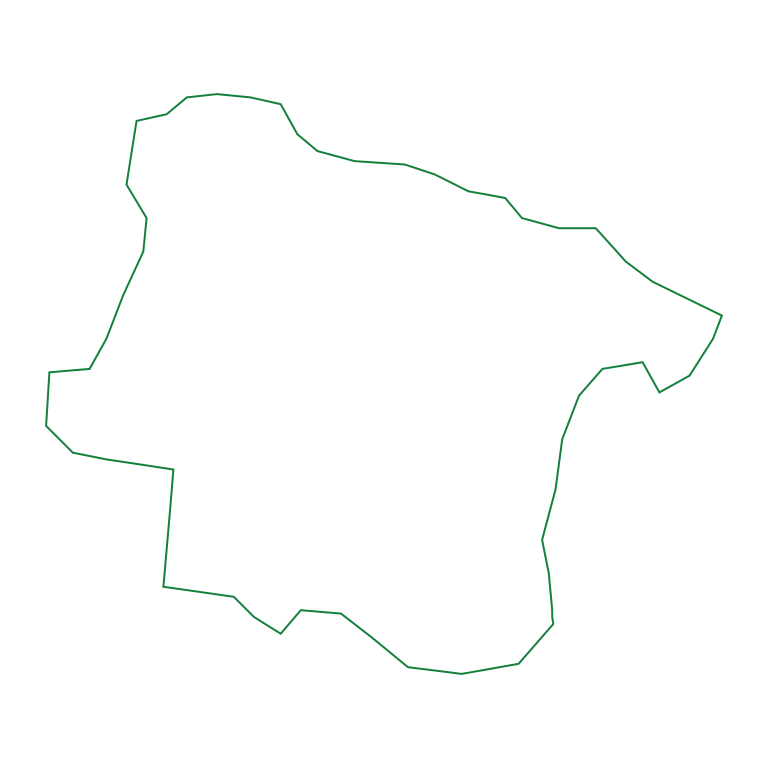 the district of Gwangsan-gu, South Jeolla, South Korea, rotated 270°
{"feature_id": "91817680B16538338684661", "entity_name": "Gwangsan-gu", "entity_type": "district", "adm_level": 2, "iso_a3": "KOR", "parent_name": "South Korea", "parent_adm1": "South Jeolla", "projection": "mercator", "projection_center": [126.761, 35.15], "detail": "fine", "context": "isolated", "style": "outline", "palette": "green", "viewbox_px": 768, "rotation_deg": 270, "n_neighbors": 0, "source": "geoboundaries", "source_scale": "gbopen_adm2", "svg_char_len": 857}
<svg xmlns="http://www.w3.org/2000/svg" viewBox="0 0 768 768"><g transform="rotate(270 384 384)"><path d="M452.4,721.9L486.2,652.7L506.3,625.9L530.1,604.5L539.8,595.7L539.8,558.9L549.9,522.0L570.0,505.2L576.7,468.4L593.5,434.9L603.5,404.7L606.9,354.4L616.9,317.5L633.7,297.4L663.8,280.7L670.6,250.5L673.9,217.0L670.6,186.8L653.8,166.7L647.1,136.6L637.3,135.0L583.4,126.5L549.9,146.6L516.4,143.3L472.8,123.2L429.2,106.4L399.1,89.6L395.7,49.4L342.1,46.1L315.3,72.9L308.6,106.4L298.5,173.4L258.3,170.1L181.2,163.4L171.2,233.8L151.1,253.9L140.3,271.0L134.3,280.7L157.8,300.8L154.4,341.0L131.0,371.2L100.8,408.0L94.1,461.7L104.2,518.6L144.0,553.3L151.1,552.2L157.8,552.2L194.6,548.8L228.2,542.1L278.4,555.5L328.7,562.2L372.3,579.0L399.1,602.4L405.8,642.6L375.6,659.4L392.4,689.6L429.2,713.0L452.4,721.9Z" fill="none" stroke="#15803d" stroke-width="2"/></g></svg>